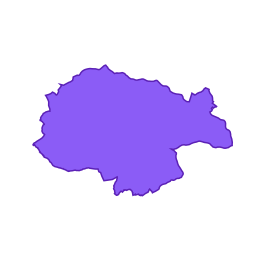 the district of Lazareni, Bihor, Romania, rotated 71°
{"feature_id": "2599482B97627536391850", "entity_name": "Lazareni", "entity_type": "district", "adm_level": 2, "iso_a3": "ROU", "parent_name": "Romania", "parent_adm1": "Bihor", "projection": "albers", "projection_center": [22.063, 46.86], "detail": "fine", "context": "isolated", "style": "filled", "palette": "violet", "viewbox_px": 256, "rotation_deg": 71, "n_neighbors": 0, "source": "geoboundaries", "source_scale": "gbopen_adm2", "svg_char_len": 5787}
<svg xmlns="http://www.w3.org/2000/svg" viewBox="0 0 256 256"><g transform="rotate(71 128 128)"><path d="M113.8,222.9L113.8,222.4L113.5,222.0L113.5,221.8L115.7,221.3L116.4,220.9L116.9,220.2L117.6,219.7L117.9,220.0L118.9,219.5L121.3,219.1L121.8,219.3L121.9,218.9L122.3,218.9L122.7,219.0L122.9,218.7L124.2,218.1L124.8,217.6L125.1,217.6L125.7,217.4L126.1,217.0L126.4,217.2L126.5,217.0L126.4,216.8L127.2,216.6L127.7,216.9L128.3,216.7L130.1,214.5L130.6,214.0L132.8,213.0L134.5,212.9L135.3,212.2L136.0,211.9L138.9,211.2L140.6,209.8L142.0,207.6L143.4,205.9L143.4,205.3L143.8,205.0L145.5,202.8L145.4,202.5L146.4,201.9L146.8,201.1L148.7,199.4L149.6,198.4L149.6,198.1L149.4,197.8L149.8,197.3L149.7,197.0L150.3,194.5L150.6,191.7L151.3,190.8L152.5,187.7L152.4,187.2L152.4,186.1L152.6,185.2L152.4,184.8L152.1,183.7L152.4,183.2L152.5,181.6L152.4,180.1L152.6,179.7L152.7,178.5L152.9,178.0L153.1,177.9L153.5,177.4L155.6,173.4L156.4,171.7L157.0,169.7L159.7,169.8L160.1,169.6L161.2,168.4L165.1,168.4L170.0,167.9L171.6,159.5L171.5,158.9L170.7,154.2L170.9,154.2L171.9,154.5L172.6,155.1L173.7,155.7L174.7,156.7L174.9,157.1L175.0,157.5L177.3,159.4L177.9,160.2L178.4,160.4L178.9,160.3L179.8,160.6L180.5,161.3L181.7,161.3L182.1,161.0L182.8,161.0L184.2,161.4L184.6,161.3L185.8,161.8L185.8,162.0L186.4,161.8L186.8,161.4L187.8,160.9L188.0,159.8L188.0,159.4L187.6,158.5L187.3,158.0L186.8,157.7L185.5,155.4L185.5,155.1L186.2,154.5L186.8,154.2L186.4,153.3L185.4,152.5L185.3,152.1L185.3,151.9L185.7,151.8L185.5,151.2L185.7,150.7L185.8,150.8L185.8,150.2L186.1,150.1L186.3,149.7L186.5,149.6L186.5,149.1L186.3,148.6L186.4,146.7L186.9,146.2L186.9,145.8L188.0,145.3L188.2,145.0L188.9,144.9L189.4,144.7L190.3,144.8L190.7,144.6L190.9,144.9L191.7,144.9L192.8,145.2L193.2,145.2L193.1,144.7L193.3,144.3L193.4,143.7L193.2,143.2L193.0,142.8L193.3,142.8L193.5,143.0L193.9,142.5L193.8,141.7L194.0,139.5L195.0,139.3L195.4,139.0L195.6,138.5L195.8,138.3L195.7,138.2L195.8,137.9L195.6,137.9L195.9,136.9L196.2,137.0L196.3,136.7L196.5,136.7L196.7,136.4L195.6,132.9L195.4,131.3L195.1,130.7L195.1,130.4L195.3,130.2L195.0,129.6L193.3,128.2L192.8,127.4L193.7,127.0L194.1,127.0L194.4,126.7L195.0,126.6L195.2,126.3L196.1,126.1L197.2,126.0L197.0,125.0L196.8,122.7L196.4,120.9L196.0,119.0L195.6,118.4L194.5,117.8L193.5,116.7L192.9,115.2L192.6,113.5L192.9,110.3L192.3,108.3L192.2,106.5L192.1,105.5L191.5,104.7L191.3,104.2L191.4,103.6L191.5,103.2L192.0,102.6L192.2,102.1L192.3,100.7L192.2,100.4L191.9,99.7L191.7,98.7L191.7,97.9L192.2,96.2L192.2,95.7L192.0,95.1L192.1,94.1L191.8,93.3L190.9,92.4L189.9,91.1L188.8,90.6L187.6,90.6L185.9,91.1L182.9,91.7L179.9,92.5L178.0,92.6L175.3,92.4L173.2,92.5L171.2,92.2L169.3,91.5L168.3,90.7L167.2,90.4L166.4,91.1L165.7,91.2L163.9,92.1L162.8,93.3L162.0,93.9L162.2,93.4L162.8,92.6L163.0,91.9L163.1,89.8L163.2,89.2L163.2,88.6L162.8,87.6L162.8,86.5L162.3,85.7L161.7,82.6L162.1,80.4L162.8,79.4L163.1,78.5L163.6,75.7L163.6,75.0L163.3,73.4L163.2,71.2L163.3,69.4L163.5,68.2L163.5,65.7L163.6,65.1L163.8,64.4L164.8,62.8L166.5,60.5L167.9,57.8L169.2,56.0L170.1,55.5L171.4,55.0L172.6,54.3L173.4,54.0L173.8,53.6L175.0,51.7L175.2,51.2L175.2,49.6L176.0,47.2L177.1,45.4L178.3,43.8L178.6,43.0L178.9,42.1L179.1,39.8L179.2,39.6L178.4,36.6L178.5,35.5L178.5,35.2L177.4,34.9L175.6,34.1L172.3,33.5L168.9,33.5L167.3,33.0L165.0,32.7L163.5,33.1L162.5,33.8L161.9,34.6L160.8,35.3L160.1,35.5L158.6,35.4L155.3,34.2L154.0,34.1L153.3,34.2L152.0,34.8L151.5,35.5L150.2,37.8L147.9,39.4L143.5,44.3L142.1,45.1L141.2,45.3L139.5,45.4L139.3,43.8L139.1,43.3L138.7,42.9L137.8,42.1L137.2,42.6L136.9,42.5L136.7,42.7L136.3,42.3L135.8,41.4L137.0,40.6L136.6,39.8L136.5,38.6L136.8,37.9L136.4,37.2L132.0,40.2L130.9,38.6L129.7,39.2L128.3,38.6L126.6,38.2L125.2,38.1L121.9,39.2L120.2,39.3L118.7,39.3L118.1,38.8L117.7,38.9L116.7,40.1L115.9,40.9L115.3,41.7L115.6,42.0L115.6,42.9L115.8,43.1L115.9,43.4L116.5,44.0L116.8,44.7L117.1,44.9L117.8,47.4L117.6,49.0L117.7,49.9L117.9,50.4L117.7,50.9L118.4,52.8L118.5,53.3L118.5,53.9L118.3,54.4L118.0,54.7L117.7,54.6L117.4,54.8L117.2,55.1L116.7,55.7L115.9,56.2L123.1,61.5L122.3,63.6L121.9,64.1L119.8,65.6L118.4,66.2L116.0,66.0L114.1,66.5L113.8,66.9L112.6,69.0L111.6,71.2L110.9,72.3L109.6,74.0L108.0,75.4L106.7,76.2L103.9,76.2L103.3,76.4L101.7,77.2L100.8,78.2L99.9,80.5L99.5,81.3L97.8,82.6L93.2,84.7L92.7,85.0L92.4,85.3L92.1,86.1L92.1,87.3L92.2,88.2L92.1,88.9L91.3,91.3L90.8,92.1L90.6,93.0L89.5,94.8L87.8,96.4L86.7,97.6L86.2,98.9L86.1,100.4L85.8,102.2L85.8,103.0L85.4,104.7L84.6,105.8L83.9,106.5L83.3,107.4L82.5,109.3L80.5,110.9L79.8,111.1L78.1,112.0L77.3,112.8L75.5,113.4L74.0,115.0L73.7,115.7L73.7,116.3L73.2,118.7L73.0,119.3L72.6,119.8L72.7,120.2L72.7,120.5L72.5,120.8L72.2,121.0L72.2,121.7L72.1,123.0L69.6,124.5L68.8,125.1L68.2,125.7L65.5,127.4L63.9,127.5L63.1,128.0L61.3,128.6L61.3,129.9L61.4,130.5L63.0,134.4L63.4,135.6L63.4,136.0L63.2,136.8L62.8,137.5L61.6,139.3L60.4,142.4L59.4,144.6L59.1,146.1L58.9,147.7L58.8,149.6L58.9,150.7L59.4,152.7L60.5,154.7L61.2,155.4L61.9,156.4L62.2,157.0L62.0,158.3L61.5,158.8L61.9,163.1L62.1,163.4L62.8,163.4L64.0,164.4L64.7,164.6L65.0,165.1L65.6,167.3L65.6,169.0L66.3,173.5L66.6,175.0L64.7,177.9L66.3,177.1L67.5,178.7L69.3,181.6L71.2,181.8L73.3,184.2L73.5,184.8L73.0,185.4L71.4,185.9L69.5,187.7L70.3,189.6L70.5,192.0L70.3,195.3L71.8,194.9L75.1,194.5L77.0,194.4L77.6,194.5L80.9,195.7L84.7,195.7L86.7,196.4L86.2,197.7L86.1,200.6L86.5,201.8L86.7,203.4L87.7,204.3L88.7,205.9L89.8,207.2L91.3,207.7L91.6,207.7L91.9,208.0L91.7,208.4L92.0,208.6L92.3,208.6L92.6,208.1L94.1,207.0L97.1,205.9L97.4,206.1L97.4,206.6L97.5,207.2L99.5,209.0L100.6,209.5L101.5,209.6L102.7,210.3L103.4,210.4L105.2,210.1L106.9,209.0L108.1,210.2L109.4,212.4L110.0,214.4L110.3,215.8L111.1,219.3L111.6,220.2L111.6,221.4L111.9,222.1L112.8,223.2L113.1,223.3L113.8,222.9Z" fill="#8b5cf6" stroke="#5b21b6" stroke-width="1.5"/></g></svg>